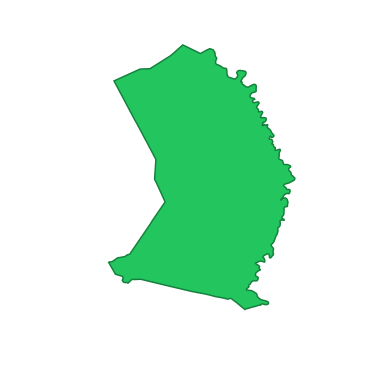 outline of Podor, Saint-Louis, Senegal, rotated 62°
{"feature_id": "50182788B66510054428140", "entity_name": "Podor", "entity_type": "district", "adm_level": 2, "iso_a3": "SEN", "parent_name": "Senegal", "parent_adm1": "Saint-Louis", "projection": "robinson", "projection_center": [-14.416, 16.094], "detail": "fine", "context": "isolated", "style": "filled", "palette": "green", "viewbox_px": 384, "rotation_deg": 62, "n_neighbors": 0, "source": "geoboundaries", "source_scale": "gbopen_adm2", "svg_char_len": 5908}
<svg xmlns="http://www.w3.org/2000/svg" viewBox="0 0 384 384"><g transform="rotate(62 192 192)"><path d="M57.3,208.7L101.6,208.7L106.4,208.5L107.3,208.6L115.9,208.5L122.9,208.6L124.4,208.5L146.3,208.6L163.3,219.1L167.5,219.1L186.9,220.3L188.2,220.5L198.8,240.7L200.6,243.7L217.6,276.1L217.1,279.0L217.5,281.5L217.4,282.1L217.0,283.2L215.8,286.9L215.4,287.9L215.2,288.7L216.0,295.0L216.0,295.5L215.0,297.8L215.0,298.6L228.7,298.2L232.3,294.5L233.9,293.0L235.1,293.0L235.7,293.5L236.5,293.7L236.9,294.7L237.1,295.0L237.7,295.1L238.4,294.8L239.5,294.8L239.8,294.7L241.4,292.0L242.4,291.3L242.3,290.8L242.2,290.5L241.2,286.8L241.1,286.0L241.3,285.4L241.9,284.6L244.4,279.4L245.0,278.2L248.9,273.8L260.1,261.2L280.5,238.0L280.6,237.6L282.5,235.5L286.6,230.2L290.8,225.3L295.2,220.6L299.2,215.5L303.4,210.7L303.6,210.3L303.8,208.5L304.0,208.0L304.5,207.4L310.7,204.5L320.5,200.5L320.6,199.2L321.5,194.8L322.2,191.5L322.7,190.0L323.2,186.8L323.7,185.1L324.1,184.6L323.7,183.6L323.8,182.4L324.1,182.0L325.5,180.6L326.3,179.3L326.6,178.7L326.7,177.8L326.6,177.4L326.2,176.8L325.7,176.4L324.9,176.4L324.0,176.9L322.2,178.6L320.3,180.8L318.8,182.0L318.1,182.4L316.2,183.1L315.4,183.3L314.0,183.2L312.5,182.7L311.4,183.1L309.1,184.3L307.2,185.6L306.5,186.3L305.3,188.4L304.6,189.3L304.1,189.8L303.9,189.9L303.5,189.7L303.0,188.7L302.9,188.1L302.7,186.6L302.3,186.2L301.3,186.1L301.0,185.8L300.5,183.5L300.3,183.2L299.4,182.1L299.2,181.2L299.1,180.1L299.4,179.2L299.7,178.6L300.5,177.3L300.8,176.5L300.7,176.0L300.6,175.6L300.2,174.9L299.7,174.5L298.5,173.7L298.1,173.8L297.5,174.2L296.4,175.0L295.7,175.0L295.2,174.9L294.1,174.3L293.6,173.8L293.1,172.4L292.8,170.3L292.9,168.6L292.7,168.2L292.4,168.1L291.4,168.6L291.0,168.6L290.6,168.4L289.6,167.4L289.3,167.3L287.6,167.9L286.1,169.0L285.5,169.2L284.7,169.4L284.5,168.5L284.8,167.4L284.8,165.3L285.1,164.1L285.7,163.1L287.9,161.0L287.9,160.7L287.0,160.0L286.0,159.7L285.3,159.6L284.0,159.6L283.0,159.9L282.6,159.9L282.2,159.4L282.0,158.4L281.9,155.5L281.8,154.9L282.0,154.2L283.1,153.5L284.1,153.5L284.8,153.6L285.7,154.2L286.3,154.3L286.7,154.1L287.0,153.7L286.9,152.8L286.0,150.9L285.8,150.0L285.3,149.4L284.9,149.0L284.4,149.1L284.0,149.0L282.4,148.3L280.8,146.9L280.5,146.7L279.3,146.7L277.1,147.2L276.2,147.3L275.7,146.5L274.8,143.9L273.8,142.4L271.1,139.4L270.0,138.3L269.8,137.4L269.4,136.9L267.6,135.1L267.0,134.6L266.2,134.1L264.6,133.5L264.0,132.9L263.7,132.5L263.7,131.3L263.5,130.8L262.8,129.9L260.9,128.6L260.4,128.4L259.0,128.2L258.8,127.6L258.6,126.5L259.3,125.1L259.9,124.4L260.1,123.8L259.4,123.6L259.0,123.7L258.7,124.2L257.9,124.7L257.3,124.8L256.7,124.6L256.4,124.3L255.3,122.1L254.7,121.3L254.2,120.9L252.6,120.2L251.3,119.2L250.5,118.9L249.5,118.4L249.0,117.6L248.8,117.0L249.5,114.8L249.5,114.5L247.8,113.5L246.2,112.1L243.4,111.5L242.6,111.6L241.8,111.9L241.2,112.2L240.9,112.7L240.5,113.7L240.2,115.0L240.3,115.6L240.9,117.1L240.6,117.3L240.4,117.0L239.5,114.8L238.3,112.7L237.9,111.8L237.7,111.0L237.7,109.3L238.2,108.3L238.8,107.5L239.0,106.9L238.8,106.4L238.2,106.0L237.8,105.4L237.3,105.0L236.4,104.6L235.7,104.8L235.2,105.3L234.5,106.7L234.0,107.0L231.7,107.2L230.6,107.9L229.9,108.1L229.2,108.0L228.8,107.6L228.6,106.9L228.7,106.1L229.4,102.7L229.6,101.0L229.5,100.0L229.6,96.6L228.9,95.2L228.1,94.7L225.5,95.4L224.0,96.1L223.5,96.2L221.0,95.5L220.6,95.5L219.0,96.2L217.6,96.2L217.0,95.8L216.6,95.3L216.4,94.4L216.2,93.3L215.9,93.0L215.4,92.8L214.9,93.0L212.7,94.7L212.3,95.2L211.6,96.9L210.9,97.9L210.4,98.0L209.5,97.9L207.1,97.4L206.4,97.5L204.4,99.3L203.5,99.6L202.8,99.6L201.3,98.2L200.7,97.8L199.4,97.3L198.3,96.5L196.8,94.6L196.2,94.2L195.7,94.3L195.3,94.8L195.2,96.0L194.6,98.2L194.4,98.6L194.1,98.9L193.6,98.8L192.2,97.8L191.8,97.7L190.1,98.5L189.5,98.4L188.5,97.9L187.9,98.1L187.0,98.9L186.7,98.8L186.3,97.9L185.8,97.3L185.4,97.0L184.5,96.9L183.5,96.9L183.0,97.1L182.5,97.6L182.2,98.3L181.5,98.9L181.2,98.8L180.3,97.9L179.9,97.4L179.5,96.6L180.0,96.3L181.1,96.1L181.4,95.5L181.5,94.9L181.3,93.9L181.0,93.3L180.3,93.1L179.7,93.2L178.2,93.6L176.6,93.8L174.7,93.7L173.9,93.8L173.2,94.0L170.9,95.0L170.1,95.1L169.8,95.0L169.2,94.6L168.6,93.9L168.3,93.7L167.8,94.0L167.7,95.3L167.6,95.9L167.4,96.2L166.6,96.1L166.4,96.3L166.0,96.8L166.7,98.2L166.5,98.6L166.0,98.4L165.1,97.9L164.3,97.2L164.0,96.7L164.2,94.8L164.1,93.8L163.7,93.3L163.1,92.7L162.2,92.1L161.9,92.0L161.3,92.1L160.6,92.8L159.7,94.3L159.1,95.6L158.5,96.4L158.1,96.4L157.6,95.9L156.7,94.8L155.3,92.7L155.0,92.3L154.5,92.2L153.9,92.2L153.4,92.7L153.1,93.8L152.9,95.1L152.6,95.4L152.2,95.5L150.9,94.8L150.4,94.7L147.9,95.3L147.5,95.3L147.2,95.0L146.3,93.3L145.1,91.1L144.4,90.8L143.5,91.3L143.2,91.8L142.7,94.0L142.0,95.7L141.7,96.0L141.0,96.1L139.7,95.5L139.5,95.1L139.4,94.7L139.6,93.9L139.6,93.2L139.4,93.0L138.8,93.0L137.9,94.1L136.8,95.1L135.9,95.9L135.1,96.1L134.4,95.7L133.8,95.1L133.4,94.4L132.6,92.7L133.3,89.3L133.1,88.0L131.0,87.0L128.6,85.5L127.6,85.4L127.2,85.5L126.4,86.1L126.0,87.0L125.7,88.4L125.8,89.6L125.8,92.6L125.5,93.7L124.7,94.7L120.5,96.8L120.0,96.9L119.0,96.5L118.1,96.3L117.9,96.5L117.6,97.1L117.2,97.2L116.9,97.0L116.4,95.7L115.7,94.8L115.5,94.3L115.1,93.9L114.6,91.6L114.4,90.8L114.1,90.3L113.0,88.9L112.6,88.6L111.4,88.2L110.5,88.3L109.0,90.0L107.3,92.4L106.6,93.9L106.7,94.9L107.3,96.1L107.6,96.4L108.6,96.7L109.7,96.7L110.6,96.9L111.0,97.2L111.6,98.1L111.8,98.4L111.8,98.6L112.1,99.1L112.4,100.3L112.4,100.8L112.2,101.3L111.3,102.4L108.6,104.9L108.0,105.6L107.3,106.1L105.0,105.9L104.5,105.7L103.7,105.5L101.1,104.2L99.6,103.8L99.1,103.8L98.5,104.2L98.0,105.1L97.9,105.5L97.4,106.1L94.1,107.7L92.4,109.0L91.1,110.2L89.8,110.7L89.1,110.6L87.7,109.7L86.8,108.9L86.5,108.4L85.7,107.5L85.5,107.4L85.0,107.4L83.3,107.6L81.8,107.2L79.7,106.3L77.4,106.4L76.6,106.5L76.2,106.7L73.8,109.0L73.6,112.4L73.7,119.5L57.8,131.1L61.0,144.1L61.5,146.4L61.7,148.4L63.4,171.2L59.1,180.1L57.3,208.7Z" fill="#22c55e" stroke="#15803d" stroke-width="1.5"/></g></svg>